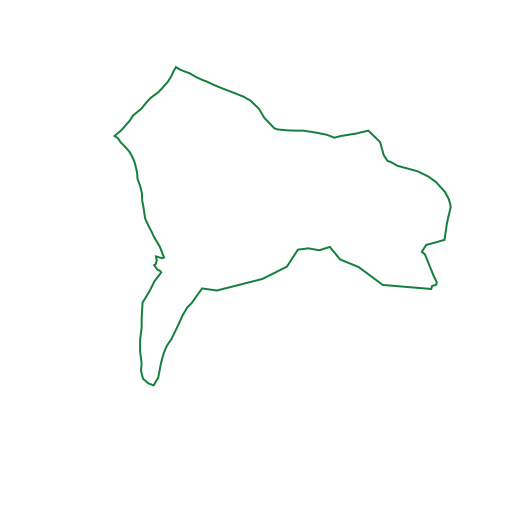 Shomgom, Gombe, Nigeria, rotated 203°
{"feature_id": "59680162B64183111122385", "entity_name": "Shomgom", "entity_type": "district", "adm_level": 2, "iso_a3": "NGA", "parent_name": "Nigeria", "parent_adm1": "Gombe", "projection": "albers", "projection_center": [11.229, 9.728], "detail": "fine", "context": "isolated", "style": "outline", "palette": "green", "viewbox_px": 512, "rotation_deg": 203, "n_neighbors": 0, "source": "geoboundaries", "source_scale": "gbopen_adm2", "svg_char_len": 2138}
<svg xmlns="http://www.w3.org/2000/svg" viewBox="0 0 512 512"><g transform="rotate(203 256 256)"><path d="M88.8,344.5L92.8,359.8L93.3,362.2L93.8,364.8L95.3,373.7L95.8,376.6L97.2,379.3L100.9,383.8L106.9,388.7L119.2,394.4L128.7,396.5L134.1,396.8L140.4,397.1L150.1,395.8L161.1,394.3L167.9,395.1L172.2,395.0L177.8,398.7L186.3,409.4L201.6,415.3L209.1,409.8L209.8,409.2L212.3,407.4L215.0,405.8L217.0,404.5L218.7,403.4L225.1,399.4L230.1,395.5L238.2,395.3L238.6,395.2L245.9,393.7L254.4,391.7L262.0,389.7L267.4,387.3L276.3,383.9L285.7,380.9L289.4,380.8L289.9,381.1L302.5,386.5L310.8,392.7L322.2,397.0L326.2,397.3L328.9,397.8L337.6,397.6L340.7,397.5L344.7,397.4L352.3,397.1L354.4,397.1L361.8,397.0L368.6,397.3L375.4,397.1L382.1,397.4L387.6,398.2L398.8,397.9L403.5,398.6L404.2,393.7L404.2,393.3L404.1,389.5L404.9,384.0L405.3,381.7L408.2,373.0L410.0,368.4L414.7,360.5L416.9,354.5L417.4,352.7L419.0,347.1L424.2,336.9L424.2,336.6L425.0,331.5L426.7,326.4L428.8,320.0L430.0,317.3L430.1,317.2L433.1,311.2L429.0,310.4L424.9,307.7L418.5,305.1L412.6,302.1L407.1,297.6L403.5,293.8L399.9,288.9L399.7,288.7L397.4,285.0L397.1,284.5L395.4,281.1L395.0,280.5L390.0,275.2L385.3,268.8L382.5,262.6L378.9,257.4L378.8,257.2L372.7,247.2L366.3,241.4L360.9,237.0L357.6,233.9L348.4,227.2L340.1,218.7L340.3,218.3L341.2,217.8L341.8,217.3L342.4,217.2L342.7,217.2L344.1,217.0L345.8,216.8L347.9,216.5L346.8,214.7L345.6,213.2L345.4,211.3L345.2,209.2L346.2,207.8L341.9,205.2L341.7,205.1L338.7,204.9L336.9,203.9L337.1,202.7L339.6,193.1L340.2,182.5L342.2,168.8L338.8,159.2L336.5,152.9L335.8,151.3L335.7,151.1L333.2,145.2L330.2,134.3L325.5,123.0L319.4,112.6L317.0,105.4L312.1,98.9L305.2,96.7L299.7,96.9L298.5,105.9L301.6,120.3L303.0,130.7L303.0,138.7L301.4,146.4L300.6,162.4L300.4,172.5L299.2,181.7L298.5,183.4L296.8,187.7L296.7,188.0L294.6,197.8L292.9,205.1L278.6,208.9L241.0,237.5L223.4,258.3L219.9,278.2L210.8,283.5L200.0,286.0L191.6,293.2L177.2,285.7L157.1,285.9L128.0,278.9L81.8,294.1L82.2,297.1L78.9,299.9L79.0,300.7L79.4,302.5L84.9,307.3L101.2,323.6L105.0,324.6L103.6,332.8L99.0,336.3L95.7,338.9L89.0,344.4L88.8,344.5Z" fill="none" stroke="#15803d" stroke-width="2"/></g></svg>